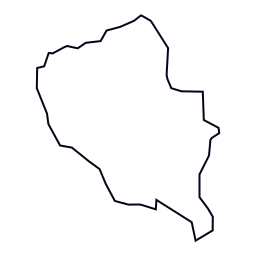 outline of Shada'a, Sa`dah, Yemen
{"feature_id": "15242507B23625419846835", "entity_name": "Shada'a", "entity_type": "district", "adm_level": 2, "iso_a3": "YEM", "parent_name": "Yemen", "parent_adm1": "Sa`dah", "projection": "mercator", "projection_center": [43.194, 16.887], "detail": "fine", "context": "isolated", "style": "outline", "palette": "ink", "viewbox_px": 256, "rotation_deg": 0, "n_neighbors": 0, "source": "geoboundaries", "source_scale": "gbopen_adm2", "svg_char_len": 791}
<svg xmlns="http://www.w3.org/2000/svg" viewBox="0 0 256 256"><path d="M141.0,15.4L134.0,20.8L120.1,26.9L119.0,27.2L106.6,30.5L100.6,41.1L85.8,42.8L77.7,48.3L67.0,46.0L63.6,47.5L52.7,53.4L48.7,53.0L44.2,66.3L37.2,68.0L36.8,88.2L47.0,113.6L48.4,124.1L60.1,145.5L71.9,147.6L88.9,161.3L99.6,169.1L105.8,184.0L114.9,201.0L128.4,204.6L140.2,204.5L155.8,209.3L156.4,199.9L170.0,208.5L191.7,222.2L195.6,240.6L199.5,238.3L200.1,238.0L200.7,237.6L212.7,230.4L212.7,228.0L212.8,216.8L208.0,208.6L199.5,197.2L199.5,174.4L209.0,155.6L210.4,140.0L211.7,138.0L219.2,133.1L218.6,127.9L203.8,120.0L202.8,91.7L181.5,91.3L171.3,88.2L167.5,79.2L166.6,74.9L168.1,48.1L151.8,22.4L151.3,21.6L151.1,21.3L150.8,20.9L145.2,17.6L143.9,16.9L143.3,16.5L141.0,15.4Z" fill="none" stroke="#020617" stroke-width="2"/></svg>